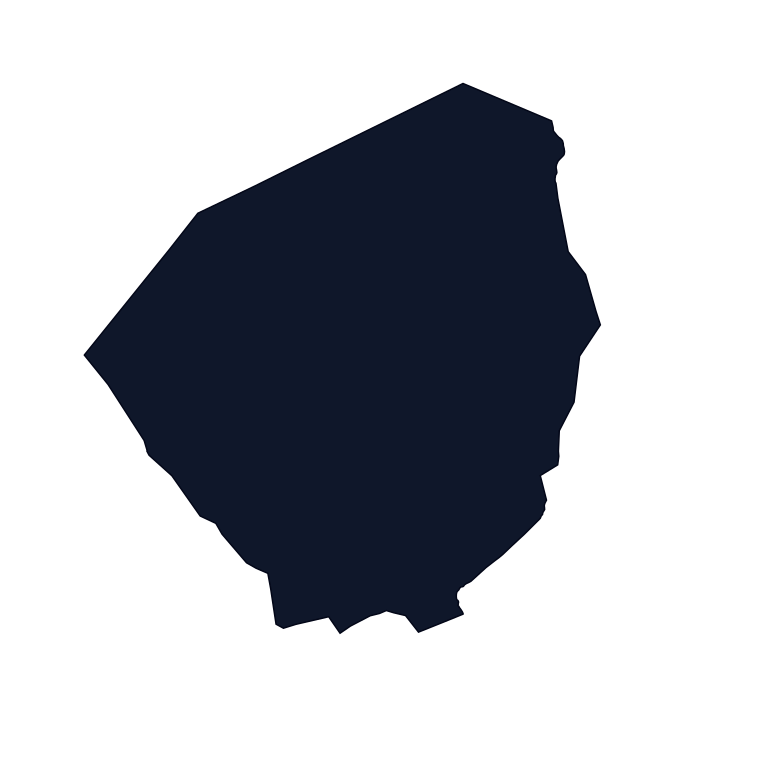 outline of Bayanlig, Bayanhongor, Mongolia, rotated 156°
{"feature_id": "93677404B79696496210167", "entity_name": "Bayanlig", "entity_type": "district", "adm_level": 2, "iso_a3": "MNG", "parent_name": "Mongolia", "parent_adm1": "Bayanhongor", "projection": "albers", "projection_center": [100.732, 44.386], "detail": "fine", "context": "isolated", "style": "filled", "palette": "ink", "viewbox_px": 768, "rotation_deg": 156, "n_neighbors": 0, "source": "geoboundaries", "source_scale": "gbopen_adm2", "svg_char_len": 1755}
<svg xmlns="http://www.w3.org/2000/svg" viewBox="0 0 768 768"><g transform="rotate(156 384 384)"><path d="M123.9,556.2L189.6,626.4L363.4,619.8L421.3,617.4L484.6,615.7L525.3,594.2L645.9,532.4L646.0,532.3L636.3,495.9L626.1,430.0L627.4,420.0L627.9,419.0L627.6,414.5L615.1,386.5L605.6,338.2L594.3,325.1L593.0,312.6L582.3,276.6L575.6,267.5L567.1,258.3L570.8,243.0L580.3,208.5L575.2,201.8L562.3,200.3L529.2,193.9L525.5,174.2L513.2,176.5L490.9,177.9L481.4,176.2L474.0,176.1L468.2,171.1L458.5,163.7L453.4,143.3L429.4,142.4L405.4,141.6L405.1,142.2L405.1,144.0L405.5,146.7L405.9,148.5L406.2,149.8L406.0,150.3L406.3,150.9L406.5,151.5L405.8,152.5L405.4,153.1L405.3,153.9L404.7,154.2L404.5,154.9L404.5,156.1L405.2,157.4L405.0,158.6L404.5,160.2L403.5,162.3L402.5,163.8L401.5,164.7L399.6,165.4L397.7,166.8L396.4,167.3L394.4,166.8L393.6,166.9L392.1,167.8L389.9,168.2L387.6,168.2L384.9,168.4L365.5,174.8L354.2,177.6L349.7,178.6L344.5,180.1L333.9,183.9L316.6,189.8L297.2,197.2L295.8,197.8L294.1,199.5L292.3,200.3L291.9,200.8L291.4,201.8L289.1,203.4L288.3,204.0L287.9,205.1L287.5,206.2L287.2,207.3L287.1,207.5L286.6,208.4L285.3,209.8L282.8,211.8L278.5,236.8L258.2,239.5L253.7,246.9L252.0,251.7L242.9,270.0L234.8,276.5L217.8,290.1L194.0,329.9L162.3,350.0L160.8,364.0L155.4,402.0L161.9,430.0L149.6,483.0L145.2,497.6L145.4,498.5L145.1,500.0L144.2,502.1L143.2,503.6L142.6,504.8L141.8,505.3L140.8,506.0L140.0,507.0L139.3,509.4L138.9,511.2L138.3,512.6L136.9,514.5L134.3,516.8L132.1,517.8L129.8,518.7L128.0,519.4L126.7,520.0L126.0,520.6L125.3,521.6L124.5,523.0L123.6,526.1L123.2,528.7L122.4,530.9L122.0,533.6L122.4,535.1L123.0,536.7L124.0,538.3L124.9,540.8L125.8,544.3L126.3,546.0L125.9,547.5L125.1,549.8L123.9,556.2Z" fill="#0f172a" stroke="#020617" stroke-width="1.5"/></g></svg>